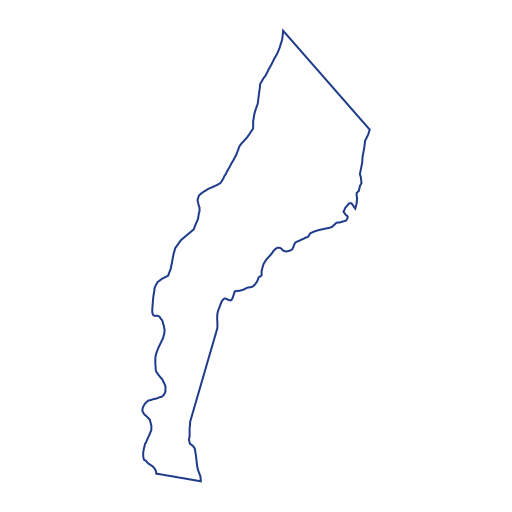 the district of Morne Lezard Estate, Choiseul, Saint Lucia
{"feature_id": "8701671B19228970825308", "entity_name": "Morne Lezard Estate", "entity_type": "district", "adm_level": 2, "iso_a3": "LCA", "parent_name": "Saint Lucia", "parent_adm1": "Choiseul", "projection": "equal_earth", "projection_center": [-61.026, 13.777], "detail": "fine", "context": "isolated", "style": "outline", "palette": "blue", "viewbox_px": 512, "rotation_deg": 0, "n_neighbors": 0, "source": "geoboundaries", "source_scale": "gbopen_adm2", "svg_char_len": 5483}
<svg xmlns="http://www.w3.org/2000/svg" viewBox="0 0 512 512"><path d="M153.5,315.3L153.8,315.5L154.9,315.9L157.3,315.7L158.9,316.3L159.6,316.8L160.8,318.8L162.2,320.3L163.1,323.5L163.9,326.2L164.6,330.1L164.3,333.3L163.6,335.8L163.3,337.5L162.8,338.6L160.7,343.0L158.4,347.7L156.8,351.9L156.1,353.7L155.4,357.2L155.4,358.6L155.3,363.5L155.5,365.6L155.8,370.4L156.5,372.1L158.8,375.3L160.6,377.5L162.5,379.7L162.9,380.8L164.0,382.8L164.4,383.7L165.5,386.6L165.4,391.7L164.2,394.4L163.6,395.1L161.8,396.7L159.5,397.3L156.3,398.6L153.1,399.2L150.5,400.2L148.6,400.4L147.4,401.3L145.3,403.3L144.2,404.9L142.8,407.5L142.3,410.4L142.8,411.9L144.4,414.5L146.9,416.6L149.8,419.7L151.4,425.9L151.3,430.1L149.4,434.7L146.7,440.7L146.0,442.6L145.1,443.7L144.8,444.7L144.7,445.7L144.0,448.1L143.5,450.7L143.2,452.8L143.2,456.4L143.9,459.6L146.0,460.9L148.2,463.4L152.9,466.5L155.0,469.1L156.2,472.0L156.2,473.6L200.8,481.3L200.4,476.3L198.1,470.3L197.2,466.5L196.0,456.1L194.8,448.5L192.9,445.9L189.9,443.7L188.9,439.3L189.6,436.5L189.6,428.5L190.1,423.8L190.1,421.9L217.4,328.0L217.4,322.3L217.3,322.0L217.3,320.9L217.2,319.1L217.2,317.7L217.2,315.9L217.3,315.2L217.4,313.7L217.6,312.7L218.0,311.0L218.5,309.8L219.2,308.0L219.9,306.1L220.6,304.1L221.3,302.4L221.9,301.1L222.8,300.0L223.7,299.0L224.6,298.5L225.1,298.5L225.8,298.6L226.5,299.0L229.1,300.2L230.4,300.4L231.2,300.1L231.8,299.4L232.6,298.1L233.0,296.8L233.8,294.4L234.6,291.8L234.7,291.4L235.5,291.2L237.0,291.0L238.0,290.9L239.3,290.8L240.4,290.5L241.6,290.2L242.3,290.0L243.5,289.6L244.7,289.0L245.8,288.5L246.4,288.1L247.3,287.7L248.7,287.5L249.6,287.3L250.5,287.2L251.5,287.0L252.4,286.7L253.4,285.9L254.1,285.3L254.8,284.6L255.6,283.6L256.3,282.7L256.9,281.7L257.5,280.5L258.0,279.4L258.1,278.7L258.6,277.5L259.4,276.8L260.1,276.6L260.9,276.0L261.6,275.2L261.6,273.5L261.6,272.6L261.5,271.9L261.6,271.1L262.0,269.5L262.3,268.3L262.6,267.0L263.0,265.9L263.4,264.4L264.1,263.0L264.8,262.0L265.2,261.2L266.0,260.2L266.6,259.2L268.1,257.7L269.6,255.9L270.5,254.9L271.1,254.4L271.7,253.5L272.2,252.8L272.9,251.9L273.6,250.8L274.5,249.9L275.3,249.2L276.4,248.3L277.1,247.9L278.2,247.7L278.6,247.8L279.4,247.8L280.5,248.1L281.3,248.7L281.9,249.3L282.7,250.1L283.2,250.5L283.9,250.9L284.8,251.2L285.6,251.4L286.7,251.4L288.3,251.1L289.2,250.8L289.7,250.6L291.2,250.0L291.7,249.7L292.4,249.0L292.8,248.1L293.3,247.1L293.7,246.0L294.1,244.9L294.7,243.6L295.1,242.9L296.0,242.1L297.2,241.6L298.1,241.2L299.4,240.7L300.9,239.9L301.9,239.4L303.0,239.0L304.0,238.5L305.5,237.6L306.5,237.4L307.4,237.1L308.2,236.6L308.7,235.9L309.3,234.8L309.6,234.3L310.2,233.4L310.7,233.0L312.0,232.5L312.5,232.3L313.8,231.7L314.9,231.3L316.4,230.8L317.7,230.4L319.2,230.0L319.7,229.9L321.3,229.5L323.1,229.1L324.9,228.7L327.5,228.2L329.1,227.9L330.9,227.3L331.6,227.0L332.3,226.7L333.2,225.8L333.9,225.1L334.8,224.4L335.8,223.3L336.3,222.9L337.1,222.6L338.1,222.5L338.7,222.5L339.6,222.5L340.4,222.3L341.2,221.9L342.9,221.5L343.9,221.3L344.6,221.0L345.1,220.9L345.8,220.7L346.3,220.2L346.8,219.5L347.3,218.5L347.5,217.9L347.7,217.1L347.6,216.4L347.1,215.8L346.5,215.5L346.0,215.1L345.1,213.9L343.5,211.8L344.0,210.7L344.4,210.0L345.0,208.4L345.6,207.4L346.3,206.7L346.9,206.0L347.5,205.2L348.2,204.4L348.8,203.6L349.5,203.4L350.1,203.3L350.8,203.1L351.6,203.4L351.9,203.9L352.9,205.2L354.8,208.1L355.2,208.6L355.5,207.4L355.9,206.2L356.4,204.4L356.6,203.3L356.7,202.1L356.9,200.8L357.0,199.2L357.0,198.2L356.9,197.1L356.8,196.4L356.6,194.7L356.6,193.5L356.6,193.1L357.4,192.3L358.0,191.6L358.9,190.8L359.9,186.0L361.5,183.1L360.8,177.0L359.9,174.1L361.3,167.1L362.2,162.5L362.6,156.5L364.2,148.0L365.1,140.8L368.3,134.3L369.7,129.6L283.1,30.7L283.0,32.1L282.7,35.4L282.3,38.2L282.2,39.5L281.1,43.0L280.8,43.9L280.7,44.2L279.8,47.3L278.1,51.5L277.2,53.6L276.4,55.1L274.8,57.7L274.1,59.0L273.0,61.3L271.2,64.9L268.6,69.5L266.0,74.8L265.1,76.2L264.7,76.7L263.3,78.5L262.9,79.3L262.3,80.3L261.6,81.7L260.2,83.8L260.1,84.2L260.0,86.8L259.9,87.6L259.8,88.2L259.4,90.6L259.3,91.5L259.2,92.2L257.7,103.8L256.9,105.9L256.8,106.2L256.6,106.8L254.7,112.5L254.5,113.5L254.2,115.0L254.0,116.3L253.3,120.5L253.1,121.5L253.2,124.0L253.1,128.4L253.0,128.7L250.7,132.1L249.5,134.0L247.8,136.4L247.1,137.4L245.8,138.8L244.1,140.7L243.6,141.2L242.7,142.2L242.4,142.5L241.9,143.0L239.6,146.0L239.0,147.5L238.2,149.6L236.1,155.2L235.2,156.6L234.8,157.4L234.1,159.0L233.1,160.7L231.2,163.8L230.6,165.0L229.9,166.3L229.4,167.3L229.0,168.0L226.9,171.7L226.8,171.9L225.6,174.4L225.4,174.7L224.2,176.3L224.0,176.9L223.7,177.7L222.6,179.8L221.9,180.7L221.5,181.4L221.0,182.4L219.8,183.4L219.3,183.7L217.4,184.8L216.2,185.4L213.4,186.7L209.4,188.4L208.9,188.6L208.2,188.9L207.9,189.1L207.6,189.3L207.4,189.4L206.3,190.2L204.9,191.0L204.2,191.3L201.2,193.5L200.2,194.4L199.2,195.2L198.5,196.8L197.5,200.1L197.8,201.3L198.0,202.3L198.1,202.7L198.3,203.8L198.5,204.6L198.6,204.8L198.8,205.6L199.5,207.4L199.5,208.0L199.5,210.5L199.5,211.4L198.8,213.7L198.6,215.3L198.1,218.3L198.0,219.0L195.2,225.4L194.9,226.3L194.7,226.8L193.8,229.0L193.7,229.5L192.5,230.4L187.5,234.6L181.7,239.5L180.7,240.4L178.7,243.3L175.3,248.0L174.7,249.8L174.2,252.1L173.7,253.3L172.7,258.4L171.8,263.7L171.2,265.8L170.9,268.1L170.5,269.3L168.4,274.9L168.1,275.7L167.5,276.0L165.9,276.8L162.0,278.8L157.6,282.1L156.1,284.8L155.4,286.1L154.5,288.4L154.4,290.5L153.8,293.7L153.3,297.0L153.0,300.1L152.5,306.5L152.2,310.4L152.5,313.5L153.2,315.0L153.5,315.3Z" fill="none" stroke="#1e3a8a" stroke-width="2"/></svg>